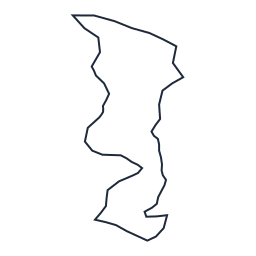 outline of Şamaxı
{"feature_id": "AZE-1716", "entity_name": "Şamaxı", "entity_type": "District", "adm_level": 1, "iso_a3": "AZE", "parent_name": "Azerbaijan", "parent_adm1": "", "projection": "natural_earth1", "projection_center": [48.613, 40.608], "detail": "fine", "context": "isolated", "style": "outline", "palette": "slate", "viewbox_px": 256, "rotation_deg": 0, "n_neighbors": 0, "source": "natural_earth", "source_scale": "10m", "svg_char_len": 971}
<svg xmlns="http://www.w3.org/2000/svg" viewBox="0 0 256 256"><path d="M167.1,215.2L163.7,228.1L156.0,236.5L147.3,240.6L138.2,236.4L126.9,231.2L116.0,225.1L105.6,222.1L95.0,219.7L100.7,213.0L105.9,206.1L106.6,198.1L107.6,190.1L119.1,181.3L132.5,175.6L138.0,173.0L142.1,168.1L137.6,164.7L131.8,162.0L126.4,158.2L120.7,155.3L111.5,155.0L102.4,154.7L92.3,150.7L84.9,141.6L87.8,127.8L99.3,117.4L101.4,114.7L103.1,111.9L103.2,108.5L102.9,106.1L106.3,99.9L109.1,93.8L104.1,83.4L95.9,75.5L94.1,71.0L91.7,66.5L100.0,52.2L98.3,37.5L84.4,28.2L72.8,15.4L94.1,15.5L114.7,21.2L131.8,28.1L149.4,33.0L163.0,39.3L176.3,46.3L172.9,63.0L183.2,77.2L172.3,83.3L162.5,90.6L159.1,104.5L160.1,119.0L155.4,125.2L151.5,131.6L153.9,135.8L157.9,138.9L159.1,144.5L159.1,150.6L161.0,157.5L162.0,164.6L161.6,170.4L162.8,175.2L166.0,179.9L164.4,185.4L161.3,191.2L158.2,197.1L156.8,203.8L152.0,207.7L144.6,211.7L146.3,216.7L156.6,216.4L167.1,215.2Z" fill="none" stroke="#1e293b" stroke-width="2"/></svg>